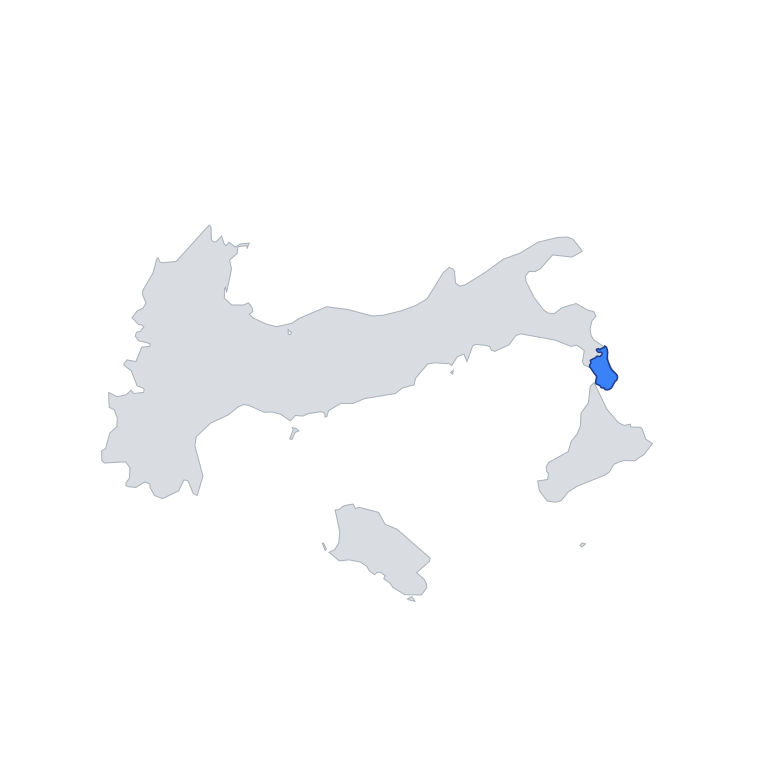 where Reggio Calabria sits in Italy, rotated 302°
{"feature_id": "ITA-5395", "entity_name": "Reggio Calabria", "entity_type": "Province", "adm_level": 1, "iso_a3": "ITA", "parent_name": "Italy", "parent_adm1": "", "projection": "equal_earth", "projection_center": [16.138, 38.244], "detail": "fine", "context": "in_parent", "style": "filled", "palette": "blue", "viewbox_px": 768, "rotation_deg": 302, "n_neighbors": 0, "source": "natural_earth", "source_scale": "10m", "svg_char_len": 4969}
<svg xmlns="http://www.w3.org/2000/svg" viewBox="0 0 768 768"><g transform="rotate(302 384 384)"><path d="M177.8,179.9L181.7,182.1L197.2,177.4L206.3,180.1L214.1,175.6L219.3,168.7L218.5,163.4L230.9,155.0L231.8,164.6L238.3,171.1L244.8,172.7L243.2,176.6L249.4,184.5L252.0,183.8L252.9,182.3L251.6,175.7L261.3,162.6L262.0,153.7L263.6,152.7L268.2,153.3L271.6,161.7L286.9,159.1L291.9,165.5L294.3,164.2L290.7,153.3L292.7,147.7L296.8,146.7L299.5,149.4L305.3,150.1L305.7,146.8L304.3,144.6L306.7,135.1L315.3,136.0L320.4,139.4L326.5,139.3L331.9,131.7L336.0,129.8L355.6,129.3L370.2,124.8L371.3,125.8L368.6,129.4L369.4,131.8L377.8,142.8L426.1,151.5L425.3,154.2L414.9,161.2L414.0,163.9L415.6,166.2L423.4,167.9L417.9,174.5L417.9,177.0L422.1,177.3L421.3,185.4L426.4,187.8L432.0,194.9L426.2,196.2L428.6,194.3L422.9,187.4L416.8,190.3L407.3,187.4L400.6,193.8L378.2,202.0L382.1,198.3L380.5,198.2L372.3,203.0L370.3,212.9L376.3,222.7L381.1,226.1L378.7,232.1L375.7,234.4L371.8,232.7L370.6,238.1L372.4,252.3L375.6,262.3L386.5,273.6L394.5,277.2L419.1,294.3L427.9,313.6L435.4,337.9L441.9,346.9L455.4,360.0L467.7,369.5L479.2,375.4L509.6,375.2L517.2,377.3L518.1,381.4L516.7,384.2L507.6,391.1L507.1,396.5L511.4,400.4L532.1,410.6L553.2,419.1L567.6,430.3L586.1,439.6L600.6,454.0L605.8,461.6L606.9,467.5L603.4,477.7L601.5,481.9L591.2,476.0L582.8,458.6L564.7,455.6L559.4,452.6L556.3,447.3L550.6,446.8L546.6,449.6L536.7,465.8L531.4,479.9L531.1,485.6L534.0,491.2L542.8,494.3L554.1,504.3L554.5,516.8L556.5,523.9L553.6,527.9L547.8,526.9L540.2,529.4L534.8,534.0L532.6,538.4L532.1,554.1L521.8,562.3L513.0,578.2L500.0,578.3L496.9,573.4L496.9,566.1L499.1,561.7L503.9,559.6L507.1,550.3L506.1,543.6L508.0,540.6L518.5,536.1L519.0,526.8L515.0,522.6L511.8,505.7L499.0,473.3L494.8,470.1L483.6,469.3L470.4,460.7L469.6,457.1L471.8,453.7L470.3,449.0L466.2,440.9L463.4,439.0L447.0,442.5L451.7,435.9L445.9,431.7L435.7,431.7L435.9,428.8L428.8,415.7L424.0,410.4L405.4,407.7L399.3,410.0L390.3,401.7L381.9,398.7L361.2,375.1L351.1,368.1L344.8,357.8L332.0,351.1L326.1,352.7L324.7,351.4L327.8,349.4L327.3,345.5L318.8,335.4L313.8,332.2L310.4,325.6L303.1,324.1L303.6,312.4L301.1,304.2L296.5,297.2L294.2,280.5L292.2,275.9L287.0,272.3L275.3,268.3L259.0,257.7L239.6,252.7L231.4,256.4L209.9,279.3L190.4,284.7L190.2,279.9L198.0,269.2L196.7,265.2L184.6,266.5L169.4,256.9L167.7,248.4L172.5,240.3L175.2,238.3L174.1,233.0L164.8,228.4L161.3,221.3L161.1,218.9L163.6,217.6L169.2,218.0L178.3,213.0L181.1,206.1L168.8,188.8L169.5,185.3L177.8,179.9ZM378.6,278.1L379.4,273.8L375.3,276.5L376.4,278.5L378.6,278.1ZM496.5,561.4L480.8,586.3L475.4,603.2L476.1,609.6L480.5,614.3L478.3,616.1L483.1,624.1L483.0,626.3L475.9,635.3L475.8,643.2L462.5,642.0L451.8,637.4L446.5,628.4L442.3,624.6L437.8,621.6L428.4,621.7L424.3,619.9L399.7,602.1L390.2,597.4L379.1,596.1L374.7,592.2L371.2,584.5L375.8,572.4L383.2,565.7L389.7,573.4L395.4,570.8L395.8,568.4L399.8,565.4L405.0,565.3L424.3,576.1L434.5,573.1L443.8,574.3L452.4,572.8L463.5,566.6L476.4,567.3L491.2,560.2L496.5,561.4ZM266.2,428.2L272.3,447.5L265.6,459.2L267.7,471.9L260.8,515.3L257.8,516.6L241.3,511.6L239.6,521.6L237.3,525.6L233.9,528.2L224.9,527.5L216.4,513.3L216.2,499.2L218.2,495.0L218.7,487.0L222.1,486.4L222.6,481.0L220.7,478.0L217.3,477.0L217.6,470.9L220.2,466.2L220.5,458.0L216.3,447.5L210.3,439.8L212.2,426.6L217.4,430.0L225.4,429.8L235.2,424.8L251.3,409.3L253.3,412.1L259.8,414.7L265.8,421.4L263.3,425.7L266.2,428.2ZM298.4,329.5L299.7,332.6L299.1,336.7L296.0,334.3L288.2,335.3L287.4,333.1L297.0,331.3L298.4,329.5ZM218.5,520.3L216.1,525.4L213.9,518.7L214.3,517.9L218.5,520.3ZM217.1,417.1L213.4,422.6L211.6,422.4L216.3,416.1L217.1,417.1ZM355.2,639.6L350.9,638.4L350.7,635.9L354.2,636.3L355.2,639.6ZM432.5,435.4L428.9,436.9L429.0,434.3L432.5,435.4Z" fill="#d9dde1" stroke="#a8b0b8" stroke-width="1"/><path d="M533.2,551.1L533.0,553.1L532.7,553.7L531.2,555.2L530.6,556.0L530.2,556.2L529.0,557.2L527.8,557.7L524.1,559.7L522.8,560.9L517.4,567.8L516.7,569.5L515.7,574.9L515.1,576.5L514.8,577.2L514.3,577.8L513.8,578.3L513.3,578.6L511.4,579.1L510.8,579.4L508.5,578.6L501.5,579.0L500.4,578.7L499.4,578.2L498.4,577.6L497.7,576.9L496.9,575.8L496.5,574.7L496.7,573.7L497.4,573.0L496.4,571.3L496.1,570.4L496.2,569.6L496.8,568.7L497.0,567.8L497.0,566.8L496.7,565.6L496.5,563.8L497.2,562.8L498.5,562.1L502.5,560.8L502.8,560.5L502.9,560.2L503.5,559.7L503.6,559.4L504.2,557.1L507.1,550.8L507.5,549.1L509.4,548.3L510.7,548.4L511.4,548.3L512.0,548.0L512.9,546.8L513.5,546.5L514.0,546.6L515.0,547.4L516.3,548.0L518.0,549.3L518.6,549.5L519.9,549.6L520.5,550.0L521.0,550.6L521.2,551.5L521.6,552.5L522.4,552.9L525.1,552.9L525.5,552.8L525.8,552.5L526.0,551.9L526.1,551.4L525.9,550.8L525.5,550.5L525.2,550.3L525.0,550.0L524.6,549.4L524.5,548.7L524.5,548.0L524.8,547.3L525.3,546.3L525.8,545.9L526.4,546.0L527.2,546.7L527.5,547.0L527.7,547.5L527.5,548.1L527.4,548.3L527.4,548.5L527.5,548.7L527.6,548.9L527.8,549.0L528.3,549.0L528.7,549.2L531.8,551.2L533.2,551.1Z" fill="#3b82f6" stroke="#1e3a8a" stroke-width="1.5"/></g></svg>